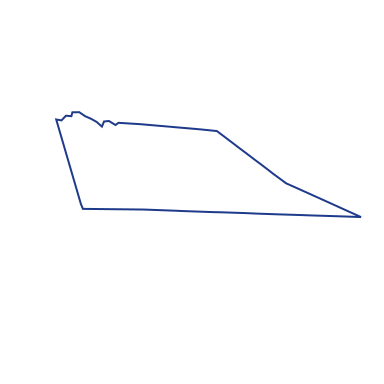 the district of Calçado, Pernambuco, Brazil, rotated 125°
{"feature_id": "56859067B28501117659936", "entity_name": "Calçado", "entity_type": "district", "adm_level": 2, "iso_a3": "BRA", "parent_name": "Brazil", "parent_adm1": "Pernambuco", "projection": "equal_earth", "projection_center": [-36.33, -8.734], "detail": "fine", "context": "isolated", "style": "outline", "palette": "blue", "viewbox_px": 384, "rotation_deg": 125, "n_neighbors": 0, "source": "geoboundaries", "source_scale": "gbopen_adm2", "svg_char_len": 665}
<svg xmlns="http://www.w3.org/2000/svg" viewBox="0 0 384 384"><g transform="rotate(125 192 192)"><path d="M210.5,344.8L265.5,276.2L268.4,271.7L240.9,231.5L234.0,221.4L216.5,194.3L212.8,188.5L196.0,162.6L192.3,157.1L177.7,134.7L173.1,127.4L161.6,109.7L147.4,88.0L144.7,83.8L123.7,51.7L115.6,39.2L125.2,90.1L130.9,119.9L130.5,136.3L130.0,146.3L129.6,158.8L129.3,166.0L128.9,177.7L127.8,206.6L130.5,211.4L135.4,220.2L143.8,234.7L166.0,273.1L177.5,291.9L181.0,293.1L181.5,300.8L184.7,304.5L190.1,303.3L189.3,310.3L190.0,317.2L191.2,322.9L191.3,330.1L195.3,335.7L199.1,334.3L201.8,339.0L208.2,340.0L210.5,344.8Z" fill="none" stroke="#1e3a8a" stroke-width="2"/></g></svg>